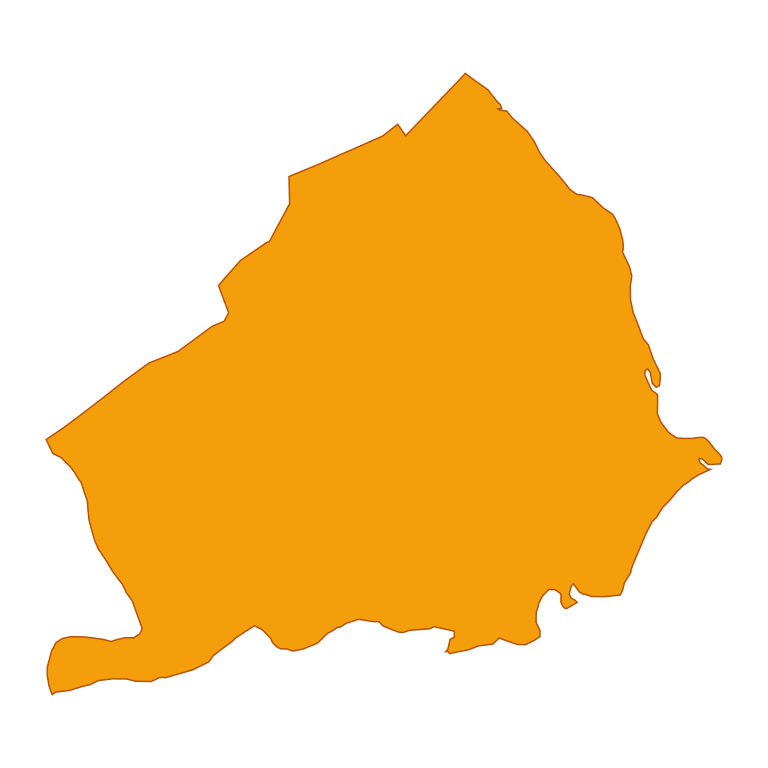 the district of Tama, Suhaj, Egypt
{"feature_id": "37247803B5321471482777", "entity_name": "Tama", "entity_type": "district", "adm_level": 2, "iso_a3": "EGY", "parent_name": "Egypt", "parent_adm1": "Suhaj", "projection": "orthographic", "projection_center": [31.431, 26.874], "detail": "fine", "context": "isolated", "style": "filled", "palette": "amber", "viewbox_px": 768, "rotation_deg": 0, "n_neighbors": 0, "source": "geoboundaries", "source_scale": "gbopen_adm2", "svg_char_len": 3497}
<svg xmlns="http://www.w3.org/2000/svg" viewBox="0 0 768 768"><path d="M46.1,439.6L52.9,453.5L60.7,457.4L61.9,458.4L65.2,461.7L70.6,467.1L74.5,472.3L79.0,479.8L81.1,482.3L83.5,489.8L87.3,501.0L87.9,508.8L89.0,519.7L91.1,528.2L94.6,540.2L98.2,548.7L102.7,555.4L107.2,562.3L112.8,571.7L118.5,579.3L122.4,584.2L126.3,592.5L132.2,600.8L141.9,627.7L141.9,629.2L139.8,633.8L133.6,637.8L129.5,637.7L125.4,637.6L117.2,639.5L111.1,641.5L102.9,639.3L84.6,636.9L70.4,636.7L62.2,638.6L56.0,642.6L53.9,646.7L53.4,647.6L51.7,650.7L47.3,667.1L47.2,675.3L49.0,685.6L51.0,691.8L52.3,694.6L55.4,692.2L69.7,690.4L82.0,686.5L90.2,684.6L98.4,680.6L112.7,678.8L127.0,679.0L135.1,681.2L143.3,681.4L151.4,681.5L159.7,677.5L165.8,677.6L192.5,669.9L200.7,665.9L208.9,661.9L213.1,655.8L223.5,647.8L231.8,641.8L235.9,637.8L242.1,633.7L248.3,629.7L254.5,625.7L258.6,627.9L262.6,630.0L268.6,636.2L270.6,638.3L271.6,640.5L272.5,642.5L274.5,644.6L276.5,646.7L280.6,648.8L286.7,648.9L289.5,649.9L292.8,651.0L303.0,649.1L317.4,643.2L323.4,637.4L327.8,633.1L331.9,631.1L338.1,627.1L340.2,627.2L346.4,623.2L358.7,619.3L372.9,621.6L379.0,621.7L381.0,623.8L383.0,625.9L388.6,628.2L390.6,629.1L393.1,630.1L399.2,632.3L403.3,632.4L409.4,630.4L429.9,628.7L434.0,626.7L442.8,628.6L454.3,631.2L454.3,633.2L454.2,637.3L450.1,639.3L447.8,649.5L445.7,651.6L447.8,651.6L449.8,653.7L454.2,652.6L458.0,651.8L468.2,649.9L478.5,645.9L492.8,644.1L497.0,640.1L499.0,638.1L517.3,644.5L525.4,644.7L533.7,640.7L539.9,636.7L539.9,634.7L540.0,630.6L536.1,622.3L536.1,618.2L536.3,612.0L538.4,605.9L538.5,603.8L542.7,595.7L546.7,591.8L548.9,589.6L555.0,589.7L561.1,594.0L560.9,602.2L562.9,606.3L564.9,608.4L566.9,608.4L577.2,602.4L575.2,600.3L571.2,598.2L569.2,594.1L571.4,585.9L573.5,583.9L579.5,592.2L583.5,594.3L585.5,594.4L591.6,596.5L597.7,596.6L603.9,596.7L610.0,596.1L620.2,595.0L622.3,590.9L624.5,582.7L626.1,580.1L628.3,576.6L630.8,572.5L630.9,570.5L633.0,564.4L637.3,554.2L641.6,544.0L645.9,533.8L648.0,529.7L652.2,521.6L656.4,517.5L662.7,507.4L668.9,501.3L677.3,491.2L683.5,485.1L689.7,481.1L691.8,479.1L698.0,475.1L710.5,469.3L707.2,468.9L703.8,465.5L700.3,463.0L699.0,460.4L699.0,458.7L701.6,458.7L704.5,460.8L707.6,464.2L711.0,464.5L716.0,464.1L720.3,464.0L721.9,459.7L721.5,456.7L719.7,454.2L715.0,449.6L708.1,440.7L703.8,437.4L698.7,437.4L691.9,438.4L684.3,438.4L677.1,438.1L671.1,434.3L668.1,431.8L667.8,431.4L667.5,431.0L666.0,429.0L666.0,428.9L665.9,428.9L660.8,422.1L659.1,417.9L657.3,413.4L657.6,403.1L657.5,394.6L651.5,390.0L648.4,383.2L644.9,375.2L644.9,371.3L647.8,368.7L650.4,373.0L652.2,383.2L656.1,387.4L659.5,385.6L660.2,379.2L660.2,373.3L653.2,358.9L648.4,344.9L643.2,338.6L637.5,323.3L633.1,312.3L630.4,299.1L630.4,297.3L630.4,297.2L630.3,286.3L631.8,276.0L629.6,267.1L622.6,252.2L623.4,247.5L622.9,240.7L619.8,228.8L616.3,220.7L612.8,214.4L603.0,207.7L592.3,197.6L582.5,195.1L577.0,194.4L575.6,193.4L570.1,189.7L561.5,178.8L552.5,168.7L545.2,160.6L539.5,152.2L534.3,141.6L527.4,131.5L512.4,118.0L506.7,111.0L503.2,110.7L499.4,110.0L498.0,108.7L501.8,108.6L500.4,104.8L495.8,99.9L489.8,92.3L488.4,90.2L475.0,80.6L465.2,73.4L464.2,74.6L462.8,76.3L438.5,101.5L405.7,135.7L397.7,124.3L382.3,136.2L355.9,147.9L340.7,154.5L317.0,165.0L311.8,167.1L289.0,176.5L289.6,203.7L269.1,242.1L267.1,242.2L240.7,260.3L239.6,261.4L218.5,285.4L228.6,312.7L224.2,321.2L213.0,325.9L211.1,327.1L177.9,351.5L149.1,362.9L124.4,380.9L101.7,398.8L100.0,400.1L76.0,418.5L62.3,428.6L46.1,439.6Z" fill="#f59e0b" stroke="#b45309" stroke-width="1.5"/></svg>